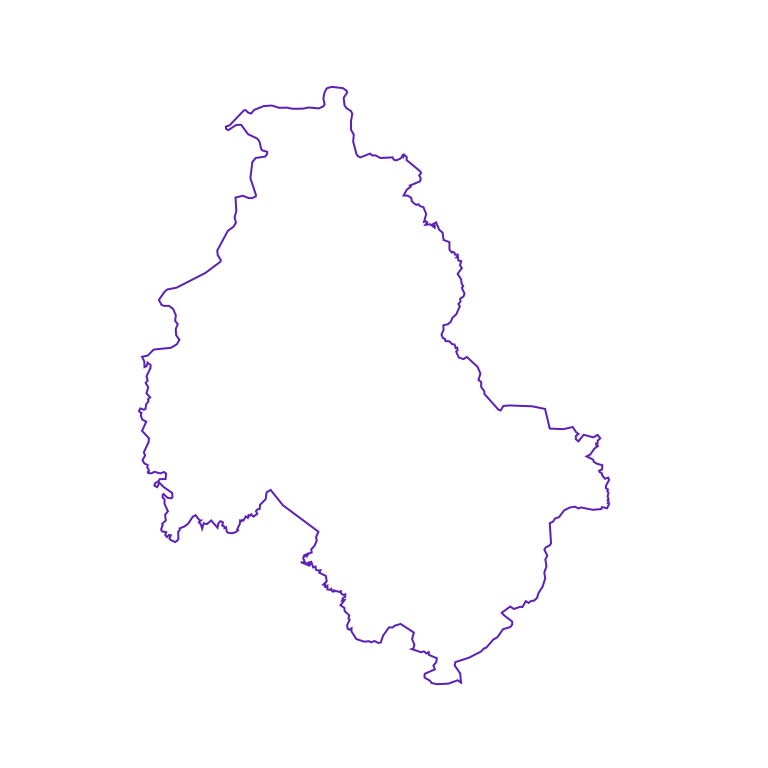 Yahualica de González Gallo, Jalisco, Mexico (orthographic projection), rotated 206°
{"feature_id": "50627088B73068630585578", "entity_name": "Yahualica de González Gallo", "entity_type": "district", "adm_level": 2, "iso_a3": "MEX", "parent_name": "Mexico", "parent_adm1": "Jalisco", "projection": "orthographic", "projection_center": [-102.91, 21.123], "detail": "fine", "context": "isolated", "style": "outline", "palette": "violet", "viewbox_px": 768, "rotation_deg": 206, "n_neighbors": 0, "source": "geoboundaries", "source_scale": "gbopen_adm2", "svg_char_len": 6166}
<svg xmlns="http://www.w3.org/2000/svg" viewBox="0 0 768 768"><g transform="rotate(206 384 384)"><path d="M497.5,585.0L504.5,577.4L507.2,577.3L509.5,578.5L518.0,588.4L520.5,594.9L525.0,598.0L528.9,605.8L530.9,612.8L533.2,614.8L538.6,615.5L541.6,617.1L545.7,623.5L544.9,629.9L546.3,631.2L550.6,631.9L561.4,628.1L565.1,624.6L565.2,619.6L563.7,614.1L559.9,609.2L560.2,607.0L563.4,603.1L572.9,599.5L577.8,595.8L586.8,591.3L592.5,589.8L599.2,586.3L606.9,585.1L614.0,581.0L620.8,573.5L622.0,568.8L625.2,568.4L628.3,569.5L629.8,568.6L636.2,548.8L639.0,546.0L637.7,544.0L635.2,544.0L630.3,552.2L625.9,554.3L615.6,548.9L605.6,549.0L602.4,547.5L597.3,541.3L595.6,540.6L590.9,541.5L589.9,539.7L590.4,536.4L598.4,530.9L599.6,525.7L594.3,510.4L581.8,497.6L581.5,496.3L584.0,493.3L587.0,491.8L593.4,491.3L599.2,486.5L592.5,474.6L591.4,468.4L587.8,464.1L588.2,459.4L591.5,453.3L592.4,430.9L589.9,426.9L584.9,423.8L584.7,422.1L593.2,405.6L612.6,379.7L620.3,373.9L621.7,370.7L623.2,360.9L618.7,357.6L615.9,357.8L611.4,360.0L606.3,358.9L601.2,354.5L599.5,349.3L595.6,347.3L595.3,342.2L592.2,336.7L587.3,334.1L587.6,329.0L591.3,323.2L606.1,314.0L608.8,306.0L613.4,302.4L609.4,299.3L606.7,294.2L605.2,296.0L605.9,299.6L602.1,298.8L600.9,296.0L600.8,286.8L598.0,283.6L598.7,280.5L594.5,277.8L593.4,271.5L588.3,269.5L589.4,266.7L588.1,265.1L588.9,261.4L587.4,256.9L588.6,255.6L592.3,255.2L592.5,252.6L591.3,251.6L589.5,251.9L588.7,249.0L585.7,246.1L581.2,245.9L580.9,235.8L571.5,232.2L570.1,228.6L569.9,217.3L567.4,215.0L567.6,209.6L564.5,207.5L560.9,207.6L560.1,205.2L557.1,203.0L557.7,201.3L556.6,200.6L553.7,201.9L551.8,204.5L546.0,205.5L543.1,208.5L540.6,208.0L538.7,202.8L543.8,200.2L544.5,196.8L546.2,194.7L545.9,192.0L542.7,191.8L542.6,196.8L536.9,194.8L526.6,193.2L524.5,189.5L525.1,188.0L528.7,186.8L533.9,188.5L534.2,187.1L533.3,185.0L530.7,184.1L528.8,180.2L522.4,174.8L523.4,170.5L520.3,165.6L522.1,161.0L521.0,160.1L520.6,155.5L518.8,154.2L514.9,155.4L514.3,152.2L511.9,151.3L511.1,154.0L509.3,154.6L509.1,151.0L507.2,150.3L502.7,150.3L501.2,152.4L500.9,154.7L504.2,160.9L503.5,162.8L504.4,164.6L500.9,168.5L498.8,172.8L497.7,180.9L495.8,183.5L490.0,180.6L488.8,181.1L489.8,178.6L486.9,177.4L484.1,174.3L485.0,179.8L481.8,180.4L479.5,185.6L470.6,181.8L471.8,186.1L470.9,189.0L468.0,189.0L467.4,185.9L464.9,185.9L464.2,184.6L463.1,185.9L460.9,182.6L459.3,181.9L455.1,183.2L452.1,186.1L451.0,188.6L452.2,189.0L452.3,195.2L453.5,198.3L451.7,198.4L451.9,199.6L450.5,199.8L450.1,204.4L447.7,204.0L448.3,206.8L446.7,206.7L446.2,208.8L443.2,207.5L441.0,211.8L443.4,213.7L442.8,215.8L441.0,217.0L442.4,221.3L439.9,228.5L442.0,235.3L439.5,239.1L421.7,230.7L378.2,222.5L377.9,216.3L376.0,214.3L375.7,212.1L375.5,208.3L376.9,203.5L375.1,200.8L377.4,198.6L377.7,195.9L378.7,197.2L379.4,195.0L380.1,195.7L380.7,194.8L380.2,191.9L376.6,188.8L380.7,187.4L371.5,188.0L371.3,189.5L374.0,190.0L371.4,192.3L367.3,188.1L365.4,189.9L364.0,187.3L361.4,187.4L359.5,188.8L359.4,186.0L352.1,186.0L349.0,181.5L350.6,177.3L349.0,178.1L348.5,176.0L347.5,175.9L346.4,177.8L344.8,174.5L342.1,175.4L341.7,176.7L339.4,174.9L337.8,175.7L338.3,176.6L333.4,177.4L332.0,178.9L330.8,177.0L328.1,176.6L326.6,178.0L325.5,175.6L327.0,173.8L326.8,171.0L324.8,172.4L326.1,166.0L321.5,165.4L319.7,162.6L313.8,160.8L313.2,157.7L311.5,157.1L311.5,151.1L309.3,148.0L307.3,148.0L306.1,150.2L304.8,147.4L297.1,142.6L288.9,143.7L284.8,146.2L282.0,146.3L280.0,148.8L275.5,148.8L273.6,150.2L274.5,157.5L272.8,167.5L269.7,168.8L268.4,171.5L263.9,175.6L248.2,173.7L247.0,167.2L242.3,162.8L241.7,159.2L242.9,157.9L233.3,159.1L230.9,161.2L227.8,160.4L225.9,163.3L226.1,161.7L224.8,160.2L216.3,160.7L215.1,156.9L216.2,152.7L213.2,149.8L220.4,141.4L219.1,138.2L217.9,137.8L212.7,137.5L210.2,136.1L204.9,137.4L194.8,142.9L187.9,150.0L183.9,149.4L188.7,157.3L197.1,162.0L197.9,165.4L187.6,175.3L179.5,186.1L178.2,190.2L176.5,191.8L173.7,202.3L171.1,206.0L169.5,215.8L164.0,220.9L163.3,224.1L164.7,226.7L174.6,228.7L177.9,229.9L177.6,230.7L173.0,239.3L168.7,238.7L163.9,243.5L161.8,244.2L161.4,251.0L158.1,250.6L156.7,253.5L154.2,255.0L152.7,258.7L153.5,264.2L152.6,271.4L153.9,279.9L157.3,284.9L158.0,291.1L162.1,297.2L162.0,301.3L167.3,305.5L166.9,308.2L164.1,312.0L164.1,314.1L174.0,331.6L171.8,334.3L171.3,338.1L168.3,341.1L166.7,349.5L162.8,354.5L158.6,357.4L154.6,357.4L152.9,359.4L141.3,362.4L133.9,366.8L134.2,368.9L129.0,370.1L129.1,374.9L130.6,375.0L130.5,376.7L132.1,377.5L131.5,378.6L133.8,381.1L134.5,384.5L136.5,385.8L136.5,387.4L138.9,387.7L139.9,389.7L139.6,396.5L141.5,398.1L143.8,395.7L148.1,397.7L148.9,399.2L151.4,399.3L152.6,400.4L150.6,402.8L152.1,406.7L157.8,405.7L161.2,406.0L163.0,407.7L170.2,407.7L167.7,411.0L166.6,418.1L164.6,421.9L166.5,422.1L167.3,423.4L165.9,424.0L167.1,426.8L165.8,430.0L169.8,431.9L172.4,427.8L182.3,425.9L184.1,417.7L187.4,418.5L188.8,421.4L187.3,424.3L190.6,425.1L195.5,428.1L202.9,422.1L215.5,416.6L228.3,432.2L241.1,428.9L262.1,419.6L267.1,416.5L267.6,411.3L270.0,411.1L289.4,419.1L290.5,421.3L295.4,424.0L297.5,428.4L300.8,429.0L301.9,435.6L307.5,440.5L321.4,444.6L323.5,441.2L328.4,440.6L333.3,444.7L332.6,446.5L334.2,448.8L335.3,447.6L337.9,450.4L340.3,449.7L344.0,451.0L347.6,449.5L349.1,451.3L351.2,451.1L354.0,453.6L354.2,458.7L356.4,462.8L352.7,465.8L351.3,469.2L351.5,473.6L349.6,478.3L349.9,487.1L352.2,488.5L351.4,491.7L353.0,494.1L350.9,497.4L351.3,500.6L356.2,504.5L355.7,506.7L358.3,508.3L360.6,511.9L366.1,515.2L364.9,522.3L367.8,524.1L368.4,528.2L371.3,527.6L372.9,530.1L374.4,529.5L373.7,531.4L374.5,532.6L376.8,531.4L377.9,532.7L379.7,533.1L380.7,531.9L384.1,533.5L387.4,540.2L393.6,539.6L397.7,545.7L402.0,546.8L408.0,552.1L410.4,548.7L407.8,548.7L407.0,546.7L412.5,547.8L416.6,545.2L416.0,548.3L417.8,548.6L419.1,547.3L420.6,555.3L426.1,560.2L429.6,559.7L431.9,560.7L433.4,559.2L435.6,559.4L439.2,560.5L441.0,563.2L445.2,563.7L449.0,562.0L448.7,568.7L446.5,572.9L447.8,573.7L440.5,581.9L441.1,584.9L443.8,586.9L443.2,590.0L445.0,591.1L461.9,595.2L463.1,598.0L466.5,598.9L466.3,596.9L468.0,598.5L467.3,596.5L468.0,593.9L471.1,590.3L473.6,589.9L475.6,591.5L486.3,585.5L491.8,585.8L494.9,584.2L497.5,585.0Z" fill="none" stroke="#5b21b6" stroke-width="2"/></g></svg>